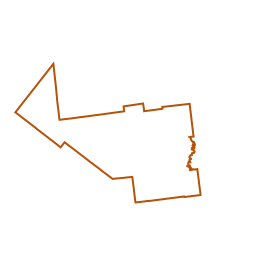 Libertad, Chaco, Argentina (orthographic projection), rotated 38°
{"feature_id": "61730980B99039131308999", "entity_name": "Libertad", "entity_type": "district", "adm_level": 2, "iso_a3": "ARG", "parent_name": "Argentina", "parent_adm1": "Chaco", "projection": "orthographic", "projection_center": [-59.148, -27.313], "detail": "fine", "context": "isolated", "style": "outline", "palette": "amber", "viewbox_px": 256, "rotation_deg": 38, "n_neighbors": 0, "source": "geoboundaries", "source_scale": "gbopen_adm2", "svg_char_len": 4703}
<svg xmlns="http://www.w3.org/2000/svg" viewBox="0 0 256 256"><g transform="rotate(38 128 128)"><path d="M86.8,184.7L86.8,184.4L86.8,183.9L86.8,183.7L86.8,183.0L86.8,182.3L86.8,181.1L86.8,179.9L86.8,178.5L86.8,178.3L94.1,178.2L101.4,178.1L105.8,178.1L110.2,178.0L113.1,178.0L116.0,178.0L119.1,178.0L122.1,177.9L122.7,177.9L124.0,177.9L124.9,177.9L128.6,177.8L130.8,177.8L133.8,177.8L136.8,177.8L138.3,177.7L141.2,177.7L145.8,177.6L146.5,177.6L147.2,177.6L148.0,176.8L148.7,176.1L148.8,176.0L155.2,170.0L157.3,167.9L161.5,163.9L161.7,164.1L162.2,164.5L163.0,165.4L163.9,166.2L163.9,166.3L165.0,167.4L166.1,168.4L166.1,168.5L167.2,169.6L168.4,170.7L168.4,170.8L168.6,171.0L169.6,171.9L170.7,173.0L171.8,174.2L172.9,175.3L173.3,175.7L174.0,176.4L175.2,177.6L175.8,178.2L176.9,179.3L177.5,179.9L178.1,180.5L179.3,181.7L179.7,182.1L179.8,182.1L180.9,180.9L182.1,179.8L182.1,179.7L183.2,178.7L184.3,177.6L185.5,176.4L186.7,175.2L187.3,174.6L187.6,174.2L187.8,174.0L188.4,173.4L189.0,172.9L189.1,173.0L191.4,170.7L193.6,168.4L197.1,164.9L198.8,163.2L202.1,159.8L207.2,154.7L207.5,154.3L207.7,154.2L209.7,152.2L211.1,150.7L212.0,149.8L213.1,148.7L214.3,147.5L214.6,147.8L214.8,147.7L215.6,147.0L216.0,146.6L217.1,145.5L217.3,145.3L218.0,144.6L218.3,144.3L218.5,144.1L219.4,143.2L219.5,143.1L219.9,142.6L221.7,140.8L222.0,140.6L222.2,140.4L222.8,139.8L223.0,139.6L223.5,139.1L224.1,138.5L224.4,138.2L224.7,137.9L225.3,137.3L225.6,137.0L226.0,136.6L226.2,136.4L226.4,136.2L226.2,135.9L226.0,135.7L225.7,135.4L225.5,135.1L218.4,128.2L217.3,127.0L207.9,117.7L206.0,119.8L205.9,119.9L205.5,120.0L205.2,120.1L204.9,120.3L204.7,120.7L204.4,120.9L204.3,121.2L204.3,121.6L204.2,121.7L203.9,121.9L203.6,122.0L203.4,122.4L203.3,122.6L203.1,122.8L202.7,123.0L202.5,122.6L202.6,121.9L202.6,121.7L202.7,121.4L202.7,121.0L202.7,120.8L202.5,120.7L202.3,120.9L202.1,121.2L201.8,121.5L201.6,121.6L201.3,121.7L201.2,121.6L200.8,121.4L200.8,121.2L200.6,120.9L200.7,120.4L200.6,120.1L200.3,119.8L200.2,120.0L199.9,119.9L199.6,120.0L199.5,120.3L199.5,120.7L199.5,120.8L199.3,121.1L199.1,121.3L198.7,121.5L198.4,121.6L198.2,121.6L198.1,121.2L198.1,120.9L198.3,120.6L198.3,120.4L198.5,120.2L198.6,119.8L198.3,119.5L197.8,119.2L197.3,118.8L197.1,118.6L197.0,118.2L196.7,117.6L196.9,117.3L197.4,117.2L198.0,116.8L198.2,116.7L197.8,116.4L197.5,116.2L197.0,116.2L196.7,116.2L196.2,115.7L196.2,115.2L196.2,114.8L196.3,114.5L196.4,114.1L196.6,114.0L196.7,113.8L196.8,113.5L196.4,113.3L196.0,113.4L195.7,113.5L195.1,113.5L194.8,113.4L194.4,113.1L194.2,113.0L194.1,112.5L194.0,111.8L194.0,111.2L194.1,110.9L194.4,110.6L194.6,110.6L194.8,110.3L195.0,109.8L194.8,109.7L194.6,109.5L194.3,109.2L194.2,108.8L194.0,108.5L194.0,107.9L194.5,107.6L195.1,107.1L195.4,106.8L195.3,106.5L195.3,106.2L195.2,105.9L194.9,105.5L194.7,105.4L194.2,105.2L193.9,105.3L193.5,105.2L193.2,105.2L192.8,105.1L192.5,105.1L192.3,105.3L192.0,105.3L191.9,105.5L191.5,105.3L191.2,105.3L190.9,104.8L190.8,104.4L191.1,104.3L191.3,104.2L191.7,104.0L191.9,103.9L192.4,103.7L192.7,103.3L192.7,103.0L192.5,102.7L192.4,102.5L192.2,102.2L191.9,102.3L191.7,102.6L191.3,102.8L191.1,103.0L190.9,102.8L190.8,102.7L190.5,102.5L190.3,102.1L190.3,101.7L190.5,101.5L190.7,101.3L190.8,101.1L191.0,101.1L191.2,100.8L191.3,100.5L191.3,100.3L191.2,100.1L190.8,99.7L190.6,99.6L190.7,99.9L190.6,100.1L190.5,100.3L190.4,100.6L190.2,100.5L190.0,100.3L190.0,100.6L189.8,100.9L189.9,101.1L189.9,101.7L189.6,101.8L189.5,101.5L189.5,101.2L189.4,101.0L189.3,100.8L189.2,100.5L189.2,100.3L189.2,100.0L189.3,99.9L189.4,99.5L188.6,98.8L188.5,99.0L187.6,99.2L187.0,99.0L187.1,98.8L186.9,98.8L186.7,98.9L186.1,98.9L185.9,98.8L185.7,98.7L185.3,98.4L184.9,98.3L184.7,98.3L184.5,98.1L184.4,98.0L184.2,97.9L183.9,97.6L183.8,97.4L183.6,97.3L183.3,97.2L183.1,97.2L182.8,97.2L182.7,97.3L182.4,97.3L182.1,97.3L182.4,96.9L182.9,96.3L184.9,94.3L183.6,93.1L163.9,73.2L161.7,71.0L159.1,73.6L143.9,88.5L142.1,90.3L143.1,91.3L143.3,91.6L143.0,92.0L131.5,103.7L130.7,104.4L130.4,104.8L128.9,103.3L124.8,99.4L122.5,101.8L118.0,106.6L111.2,113.7L113.5,116.0L114.7,117.2L112.6,119.4L111.1,120.9L97.2,135.2L95.6,136.8L94.3,138.1L93.9,138.6L93.4,139.0L91.2,141.3L86.2,146.4L84.1,148.5L83.9,148.6L82.1,150.5L81.3,151.4L78.7,154.1L77.8,155.0L77.5,155.3L73.8,158.9L72.3,160.4L69.0,163.7L68.9,163.7L65.7,160.5L63.5,158.2L58.9,153.6L58.0,152.7L57.8,152.5L56.2,150.9L46.4,140.5L29.7,123.4L29.6,184.3L29.6,185.0L49.2,184.8L56.3,184.8L56.5,184.9L63.3,184.8L70.9,184.8L72.4,184.8L75.7,184.7L77.6,184.7L78.6,184.7L79.5,184.7L80.4,184.7L81.3,184.7L82.2,184.7L82.7,184.7L83.2,184.7L83.8,184.7L84.2,184.7L84.9,184.7L85.5,184.7L85.9,184.7L86.2,184.7L86.5,184.7L86.8,184.7L86.8,184.7Z" fill="none" stroke="#b45309" stroke-width="2"/></g></svg>